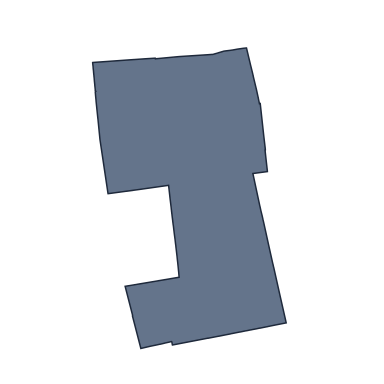 Stefan Voda, Calarasi, Romania, rotated 75°
{"feature_id": "2599482B59698871742145", "entity_name": "Stefan Voda", "entity_type": "district", "adm_level": 2, "iso_a3": "ROU", "parent_name": "Romania", "parent_adm1": "Calarasi", "projection": "albers", "projection_center": [27.367, 44.346], "detail": "fine", "context": "isolated", "style": "filled", "palette": "slate", "viewbox_px": 384, "rotation_deg": 75, "n_neighbors": 0, "source": "geoboundaries", "source_scale": "gbopen_adm2", "svg_char_len": 3135}
<svg xmlns="http://www.w3.org/2000/svg" viewBox="0 0 384 384"><g transform="rotate(75 192 192)"><path d="M171.9,273.5L175.9,242.4L177.7,227.6L179.5,212.9L182.3,213.3L192.8,214.9L197.7,215.6L201.9,216.2L203.0,216.4L205.2,216.7L205.3,216.7L205.5,216.8L205.8,216.8L206.0,216.8L206.5,216.9L206.9,217.0L207.1,217.0L207.4,217.0L207.6,217.1L207.8,217.1L208.0,217.1L208.5,217.2L208.9,217.2L209.1,217.3L209.3,217.3L209.6,217.3L209.8,217.4L210.0,217.4L210.4,217.5L210.7,217.5L210.9,217.5L211.1,217.6L211.3,217.6L211.5,217.6L211.9,217.7L212.2,217.7L212.4,217.7L212.6,217.8L212.8,217.8L213.0,217.8L213.4,217.9L213.6,217.9L213.9,218.0L214.1,218.0L214.3,218.0L214.5,218.0L214.9,218.1L215.1,218.1L215.3,218.2L215.5,218.2L216.2,218.3L216.6,218.3L216.8,218.4L217.0,218.4L217.6,218.5L219.1,218.7L219.4,218.7L220.2,218.8L222.2,219.1L225.0,219.5L227.0,219.8L229.2,220.1L233.1,220.6L236.4,221.1L237.8,221.3L240.3,221.6L240.5,221.7L242.0,221.9L246.7,222.6L250.2,223.1L251.4,223.3L252.6,223.5L255.2,223.9L256.0,224.0L259.1,224.5L261.0,224.8L263.9,225.3L265.9,225.6L267.0,225.8L268.1,226.0L271.0,226.5L265.8,281.0L295.8,281.3L296.3,281.6L329.9,281.9L330.0,278.2L330.2,272.3L330.4,268.7L330.6,265.3L330.7,262.8L330.8,262.0L330.9,259.0L330.9,257.7L330.9,257.0L331.1,252.8L331.1,250.8L331.2,250.7L331.3,250.5L331.3,250.4L331.5,250.3L333.2,250.4L334.0,250.5L334.4,250.5L334.7,250.5L334.8,249.4L337.2,215.9L337.3,214.5L337.4,214.4L338.8,194.7L339.0,191.9L339.0,190.6L339.1,189.9L339.1,189.6L339.6,182.1L339.7,181.5L340.0,176.2L340.1,175.4L340.2,174.3L340.3,172.0L340.4,171.1L340.5,169.7L340.5,169.3L340.8,165.5L341.0,161.8L341.1,161.5L341.5,155.0L341.6,153.9L341.6,153.6L341.6,153.1L342.0,146.6L342.5,139.2L342.8,134.9L338.4,134.7L312.6,133.7L286.4,132.6L285.0,132.6L283.6,132.5L282.0,132.5L263.0,131.7L241.0,130.7L238.6,130.6L237.0,130.6L236.1,130.5L233.6,130.4L227.8,130.3L224.2,130.1L223.3,130.1L223.0,130.1L221.2,130.0L207.5,129.3L189.9,128.4L191.8,113.9L191.4,113.8L177.5,111.7L170.4,110.6L170.4,110.3L169.7,110.1L156.0,108.1L124.2,103.2L124.2,104.0L118.8,103.7L118.2,103.6L117.0,103.6L113.1,103.4L108.8,103.2L108.0,103.2L96.3,102.9L95.5,102.8L94.5,102.8L91.7,102.7L90.8,102.7L85.9,102.6L85.3,102.6L74.2,102.3L67.0,102.1L66.8,103.1L66.4,105.7L65.7,111.7L65.7,112.1L65.6,113.1L65.4,115.7L65.1,118.2L64.5,122.4L64.2,124.6L64.2,124.9L64.5,135.9L64.5,136.2L64.5,136.4L64.4,136.6L64.2,137.5L63.3,142.2L57.8,169.7L55.0,186.2L54.0,192.0L53.9,192.9L53.3,192.9L53.2,192.9L51.3,202.3L49.1,213.6L49.0,214.0L41.2,254.4L41.3,254.5L43.3,254.8L44.6,255.0L45.3,255.1L46.7,255.4L47.9,255.6L48.7,255.7L50.0,255.9L50.4,256.0L50.9,256.1L51.7,256.2L52.1,256.3L52.8,256.4L53.3,256.5L53.7,256.5L54.1,256.6L54.8,256.7L55.0,256.8L55.4,256.8L55.7,256.9L56.0,256.9L59.7,257.6L60.4,257.7L61.0,257.8L61.6,257.9L62.2,258.0L62.6,258.0L62.9,258.1L63.3,258.2L63.9,258.3L67.1,258.8L67.5,258.9L68.5,259.0L69.0,259.1L69.7,258.9L69.7,259.1L69.9,259.0L70.1,259.2L70.5,259.5L71.0,259.7L71.8,259.8L73.9,260.2L78.2,260.9L79.7,261.2L92.8,263.3L96.0,263.8L97.4,264.0L99.8,264.4L117.4,267.3L118.2,267.4L151.4,271.2L171.5,273.5L171.9,273.5Z" fill="#64748b" stroke="#1e293b" stroke-width="1.5"/></g></svg>